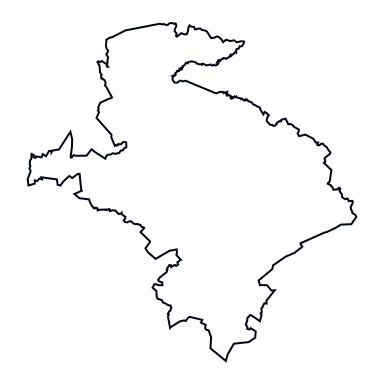 Olinalá, Guerrero, Mexico
{"feature_id": "50627088B95412074222990", "entity_name": "Olinalá", "entity_type": "district", "adm_level": 2, "iso_a3": "MEX", "parent_name": "Mexico", "parent_adm1": "Guerrero", "projection": "mercator", "projection_center": [-98.791, 17.883], "detail": "fine", "context": "isolated", "style": "outline", "palette": "ink", "viewbox_px": 384, "rotation_deg": 0, "n_neighbors": 0, "source": "geoboundaries", "source_scale": "gbopen_adm2", "svg_char_len": 5872}
<svg xmlns="http://www.w3.org/2000/svg" viewBox="0 0 384 384"><path d="M42.7,154.2L41.6,157.3L35.9,156.4L35.6,157.8L35.0,157.9L33.5,157.0L33.7,154.9L31.5,154.0L31.4,158.5L30.0,160.7L29.7,164.6L30.5,165.9L29.5,168.3L30.6,171.1L27.7,179.2L28.5,185.5L34.7,183.6L34.9,180.4L37.3,181.0L39.4,178.6L42.0,179.3L41.4,177.3L56.9,179.4L57.6,184.8L60.4,185.5L63.6,181.2L69.3,176.0L72.3,178.0L77.5,174.1L79.6,173.8L81.2,189.9L81.8,190.7L74.5,194.0L79.3,198.2L89.1,199.4L89.9,202.2L91.9,205.8L94.1,208.2L94.5,207.8L94.9,207.8L94.5,208.2L97.5,208.3L97.7,210.4L99.3,209.8L106.1,209.5L105.9,210.0L106.2,210.1L108.3,209.6L109.0,209.0L109.6,209.3L109.8,211.1L112.4,210.3L115.2,210.5L118.6,214.0L120.8,213.7L121.6,212.8L121.7,214.3L125.5,216.9L124.9,219.0L123.7,220.5L124.3,220.8L124.8,222.0L127.1,222.4L129.4,221.3L131.1,221.3L133.4,223.5L135.6,224.2L137.7,223.9L138.3,224.6L140.1,224.7L141.7,226.9L143.7,227.3L144.2,228.1L140.5,232.1L150.0,241.3L149.8,242.3L145.4,248.3L147.9,252.2L155.6,258.9L169.5,250.8L176.7,249.4L176.9,252.5L176.4,255.1L180.8,259.7L180.1,259.7L179.0,261.3L177.4,262.3L178.1,264.7L176.0,265.9L174.7,264.9L171.3,267.0L171.2,265.4L169.4,265.1L169.3,265.8L167.3,267.6L167.5,269.2L166.7,269.6L167.2,270.8L166.4,272.3L159.8,277.5L158.1,279.9L158.8,281.3L162.2,282.4L162.4,285.2L158.2,285.2L156.6,284.3L154.4,284.2L152.6,287.6L156.4,291.1L156.7,296.5L157.4,298.6L161.7,300.0L163.2,302.7L165.0,303.1L167.9,305.1L170.7,305.6L170.7,306.9L171.4,307.6L170.3,310.7L169.4,311.2L167.8,314.0L168.8,314.6L168.0,316.5L170.1,328.0L170.8,327.1L179.9,321.4L184.1,320.4L185.8,321.0L187.4,318.5L189.5,316.8L202.3,319.9L201.0,322.7L205.7,324.9L205.1,327.7L205.4,328.6L206.2,329.8L208.6,330.3L211.1,337.1L210.5,348.3L225.8,361.0L227.7,354.4L233.9,343.7L248.6,342.1L255.2,337.7L255.7,331.4L250.8,328.2L249.7,329.5L247.3,329.0L247.5,327.5L245.9,324.7L247.2,320.4L247.4,317.8L249.6,316.1L249.8,315.1L251.2,315.2L259.9,321.2L261.6,314.8L260.6,313.4L261.7,312.4L261.4,308.4L262.6,307.2L262.5,306.8L264.4,303.2L266.6,303.6L266.5,300.6L274.7,290.3L271.3,290.4L267.0,285.2L259.9,285.1L258.6,280.5L272.3,269.1L273.0,265.4L285.9,256.5L294.3,253.0L302.3,246.8L300.6,244.0L300.6,243.2L324.6,232.5L327.1,231.9L336.3,227.5L340.9,224.6L351.3,224.2L356.3,216.9L355.6,215.2L352.4,213.0L352.1,211.3L351.0,209.5L350.7,206.9L352.4,203.6L352.8,202.0L352.4,200.9L348.9,201.2L347.5,198.5L345.4,199.2L342.3,197.4L341.8,194.0L340.6,192.8L339.6,190.9L340.3,188.7L339.7,187.9L338.6,187.9L338.0,189.2L333.5,189.8L332.2,186.8L331.1,186.1L330.7,185.1L327.8,183.8L327.8,183.2L329.2,182.2L329.9,180.3L331.4,170.1L323.9,162.8L325.3,161.5L324.5,158.2L330.2,153.6L330.5,152.5L327.5,148.7L326.8,147.2L324.4,145.5L322.9,143.7L321.2,143.8L319.5,145.2L317.8,145.3L317.2,144.5L318.1,142.6L315.7,142.4L313.3,138.8L305.4,134.6L299.2,136.2L297.7,133.6L298.9,130.9L298.8,129.5L294.2,127.0L292.7,125.2L290.5,124.0L288.3,124.3L285.6,118.7L281.4,119.7L281.0,121.3L279.3,121.1L278.4,122.1L277.3,122.3L276.8,123.7L275.9,123.1L276.5,124.2L275.0,125.6L273.6,126.0L272.5,125.1L269.9,124.6L266.7,121.0L266.8,119.4L267.7,116.7L268.9,115.3L267.6,114.4L267.3,113.5L264.6,112.0L263.3,114.4L260.1,109.1L260.4,108.3L260.1,107.9L258.8,106.8L257.3,106.6L254.6,104.8L253.4,104.6L251.5,102.3L248.4,101.2L247.1,99.6L246.6,100.1L245.6,99.3L245.1,100.3L244.3,100.0L244.0,100.4L241.9,98.6L241.2,99.1L241.0,98.5L236.7,97.4L236.2,96.5L235.3,97.1L234.6,96.4L233.8,97.3L232.0,96.8L232.7,98.2L231.3,98.8L230.4,97.6L230.5,95.7L228.6,95.1L227.5,95.7L226.8,95.5L226.7,94.9L227.5,94.2L227.3,92.9L226.7,93.2L227.0,92.1L225.6,92.9L225.0,92.3L223.6,93.1L223.3,92.0L219.9,91.9L216.1,93.4L185.5,80.7L183.0,81.4L181.7,80.8L179.9,80.7L177.3,82.7L175.0,82.7L173.8,81.9L172.5,79.4L172.8,76.8L173.4,76.4L173.0,76.2L173.7,76.1L173.6,75.3L175.1,75.3L175.7,74.6L175.3,73.1L177.0,71.8L177.1,70.9L179.0,71.1L179.3,69.3L179.7,69.7L181.8,69.5L182.1,69.0L181.1,67.9L182.8,67.3L182.6,66.3L184.6,65.1L185.9,63.0L187.8,63.3L187.7,62.2L192.2,61.3L196.3,62.6L196.6,63.5L199.6,64.4L201.0,64.1L201.9,64.8L202.9,63.6L206.5,65.4L210.8,64.5L211.9,65.7L213.9,64.8L214.6,65.4L216.0,65.3L217.3,64.7L218.5,63.3L218.5,62.6L217.0,62.6L218.5,60.1L219.4,60.1L219.6,60.9L220.2,61.0L221.3,59.4L222.9,58.8L223.3,58.1L225.5,58.3L226.0,58.8L229.6,56.9L230.0,55.6L230.9,56.2L231.3,55.9L231.2,54.7L231.7,54.9L233.0,54.3L235.4,52.0L236.2,52.6L236.3,49.3L238.7,48.6L239.7,46.3L241.7,46.4L243.1,44.7L244.2,42.0L243.7,41.3L240.8,41.3L236.8,42.3L234.1,40.3L230.3,41.1L226.2,39.7L223.0,42.1L221.5,39.4L218.6,36.9L216.9,36.4L214.9,37.5L211.1,38.1L206.9,31.5L205.5,30.7L201.9,29.9L200.1,28.5L197.3,28.8L196.0,29.4L194.9,29.3L194.1,27.1L190.6,26.4L189.6,25.4L188.6,26.9L187.8,31.8L186.7,34.3L184.5,34.4L181.4,33.2L177.0,36.6L176.1,36.0L176.6,33.5L174.6,31.2L174.9,29.1L176.2,26.3L176.2,24.5L175.5,23.4L174.2,23.9L172.2,23.0L169.4,23.3L167.7,25.0L165.2,24.7L163.4,23.9L162.2,24.5L160.0,23.7L125.5,30.4L111.7,37.4L110.0,37.5L106.5,39.7L105.9,46.0L106.7,49.0L108.0,50.4L107.8,51.9L106.3,54.4L108.2,57.5L107.4,60.1L107.6,61.7L106.9,65.4L108.1,66.8L107.5,66.9L106.6,65.8L106.6,63.5L105.2,63.4L101.9,61.0L100.7,61.9L98.2,61.4L97.5,62.0L98.3,62.6L98.3,64.0L99.1,64.6L99.5,65.9L100.1,72.6L101.7,74.8L101.0,76.2L101.1,77.3L102.0,78.1L101.6,78.6L104.5,80.0L105.7,83.0L105.0,85.5L106.2,86.8L112.0,97.4L110.9,98.3L109.7,98.4L100.2,102.8L98.2,107.5L98.7,108.9L97.9,110.6L99.1,112.0L96.5,117.9L111.5,134.8L111.3,137.3L114.8,145.8L115.5,145.1L116.7,145.6L117.4,144.5L118.3,145.0L118.8,144.1L121.1,144.2L123.1,142.1L124.9,142.0L126.2,142.5L126.4,147.2L124.1,148.4L122.5,150.5L120.7,150.6L119.1,153.1L117.5,153.2L115.8,153.9L112.6,153.3L110.8,154.5L108.2,154.7L106.4,155.8L105.3,158.7L95.2,152.2L91.6,149.2L86.6,155.6L76.0,155.8L73.5,155.1L71.8,157.5L71.2,157.7L70.6,156.9L71.9,147.4L72.2,139.3L70.4,131.8L59.0,149.5L52.6,150.5L51.5,152.3L51.5,150.7L49.0,151.1L46.0,156.2L42.7,154.2Z" fill="none" stroke="#020617" stroke-width="2"/></svg>